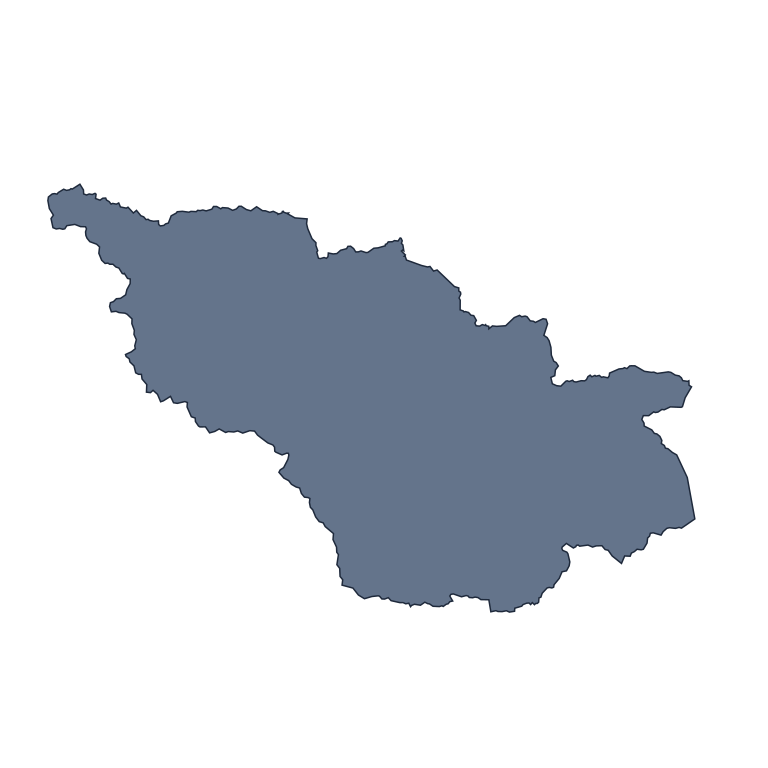 the district of Queenstown-Lakes District, Otago, New Zealand, rotated 261°
{"feature_id": "76426892B58919482239418", "entity_name": "Queenstown-Lakes District", "entity_type": "district", "adm_level": 2, "iso_a3": "NZL", "parent_name": "New Zealand", "parent_adm1": "Otago", "projection": "mercator", "projection_center": [168.951, -44.661], "detail": "fine", "context": "isolated", "style": "filled", "palette": "slate", "viewbox_px": 768, "rotation_deg": 261, "n_neighbors": 0, "source": "geoboundaries", "source_scale": "gbopen_adm2", "svg_char_len": 6155}
<svg xmlns="http://www.w3.org/2000/svg" viewBox="0 0 768 768"><g transform="rotate(261 384 384)"><path d="M208.8,311.4L200.8,310.5L197.1,312.6L191.9,311.1L187.3,321.4L179.6,325.7L175.0,331.1L176.0,338.8L175.7,345.2L175.1,346.4L172.0,348.3L171.5,351.0L172.3,354.8L168.9,357.1L165.6,365.4L165.1,368.6L163.5,371.1L163.6,374.2L159.9,375.4L161.0,376.6L161.7,379.6L159.8,385.4L162.1,390.2L160.1,393.0L159.8,394.4L156.8,397.6L155.5,403.9L155.9,406.5L155.0,407.7L156.7,410.9L156.9,413.0L158.7,414.9L158.9,417.9L164.3,415.8L165.8,417.2L165.8,419.6L161.7,427.3L162.2,432.1L161.4,433.9L159.8,434.8L159.0,438.1L159.3,440.6L158.3,443.5L155.9,445.9L154.5,453.8L142.3,453.9L142.6,459.1L141.5,460.9L140.7,465.0L140.9,469.4L139.1,472.2L139.1,477.4L142.1,478.1L143.0,485.3L144.4,486.8L145.2,490.6L145.0,493.0L143.2,494.3L144.9,496.3L142.5,498.1L143.5,499.4L143.3,501.1L144.3,502.6L148.5,503.6L148.9,505.6L152.6,507.5L157.1,513.3L157.2,515.5L156.3,517.9L156.7,519.7L159.2,520.6L164.5,526.6L170.7,530.5L170.9,535.0L175.4,538.4L179.2,539.7L187.5,539.1L189.3,538.3L191.7,534.5L193.8,533.9L195.1,534.5L198.0,539.2L192.4,545.4L193.3,548.0L194.5,548.8L194.6,550.5L193.2,551.9L193.0,560.3L190.3,564.5L190.9,568.2L190.2,573.9L185.9,576.5L184.7,579.4L178.4,582.5L169.6,590.5L176.5,594.8L175.4,600.2L178.3,601.9L179.3,605.1L181.2,608.1L180.0,612.0L180.2,614.3L185.7,618.9L190.7,620.3L192.2,622.5L194.9,623.7L194.9,626.6L191.4,634.0L194.5,636.6L197.2,640.8L197.4,643.5L195.8,649.3L196.2,653.0L195.1,655.3L202.1,669.9L244.2,668.9L268.2,662.0L271.3,658.1L275.7,654.3L276.6,651.9L279.4,651.3L281.8,648.6L284.8,649.6L289.1,648.3L292.0,645.7L292.9,643.3L296.8,641.3L301.8,634.4L304.7,634.7L308.7,633.1L312.2,635.2L311.3,640.5L314.3,646.1L313.4,647.4L313.4,650.2L315.4,654.5L314.7,656.7L316.6,663.2L314.5,673.8L314.9,675.2L323.3,679.3L333.1,687.3L335.0,685.1L339.5,685.6L339.1,684.3L340.6,679.6L343.6,678.7L345.9,676.7L347.2,673.1L350.6,669.2L351.5,666.7L351.7,655.5L353.5,652.4L353.7,649.8L355.8,643.2L362.7,634.7L363.3,631.2L363.4,629.5L361.2,626.4L362.5,624.0L361.9,622.5L362.1,618.4L359.5,608.5L356.8,607.7L355.1,606.1L356.8,601.7L356.5,600.0L358.8,598.0L358.5,594.6L359.5,593.7L358.6,590.4L360.5,589.0L359.4,586.6L356.7,584.7L355.7,582.7L356.4,579.3L355.9,574.0L356.7,571.8L358.2,570.9L357.5,567.3L358.5,565.4L358.3,564.0L354.2,558.3L355.3,554.3L357.9,550.3L364.4,549.8L365.5,554.0L371.1,555.5L374.5,559.0L378.2,557.4L380.0,555.2L386.3,553.8L394.1,554.6L401.0,553.8L404.3,552.4L407.0,549.5L417.9,555.0L422.6,554.2L423.6,551.3L421.1,543.1L422.6,541.4L423.5,538.3L428.1,535.8L429.0,534.0L428.9,530.5L430.6,528.6L429.2,523.0L422.5,513.3L423.3,504.3L424.4,500.2L422.1,496.2L424.6,496.5L425.6,494.0L426.7,493.7L426.1,492.8L427.3,490.4L426.2,487.5L427.1,484.1L430.0,483.3L432.4,485.2L437.5,483.3L438.3,480.7L441.4,478.7L442.8,475.7L442.7,474.2L443.7,473.8L445.3,470.8L454.9,472.4L457.2,471.6L460.8,473.9L462.7,473.9L464.2,472.4L467.2,472.9L469.2,468.8L488.3,454.3L487.8,450.6L492.9,447.8L492.8,445.3L495.2,439.6L502.9,425.6L506.8,424.9L507.0,424.0L508.1,425.3L512.6,422.0L513.4,423.3L512.4,424.4L518.4,424.4L520.2,423.2L522.5,424.4L525.2,423.7L525.7,422.8L523.0,420.2L524.0,416.7L523.2,414.6L523.7,410.4L522.0,408.8L521.7,407.2L520.3,406.9L519.4,399.4L519.7,395.2L516.5,388.7L516.6,386.8L519.0,382.1L518.5,379.2L518.9,376.7L522.5,375.2L525.3,372.6L525.6,369.9L523.5,368.2L522.9,362.1L520.2,357.9L520.4,354.2L522.1,349.5L518.5,348.6L517.1,346.8L518.3,344.6L517.8,340.9L518.4,339.0L519.4,338.8L524.8,338.2L526.0,339.4L531.5,338.4L534.2,338.9L538.8,335.6L549.3,333.0L554.4,332.6L559.1,333.9L562.0,322.0L567.1,315.5L567.8,316.4L568.1,314.0L569.4,311.8L570.3,311.6L570.3,310.6L568.9,309.9L568.2,305.9L568.8,306.1L571.9,301.6L571.4,298.0L573.6,294.0L574.2,291.1L579.0,285.9L575.9,279.6L577.8,275.4L581.9,270.8L582.2,268.5L580.0,265.6L579.2,261.7L582.2,257.5L583.5,252.0L582.6,250.2L585.5,246.5L586.0,243.4L583.6,241.3L582.8,235.4L584.2,232.3L584.0,229.5L584.7,227.2L583.6,225.5L584.7,220.3L584.2,218.2L586.1,211.9L586.5,206.7L585.3,205.5L583.4,200.1L576.7,196.2L576.3,193.3L575.1,191.4L575.1,187.8L576.8,186.4L580.4,186.7L580.8,181.8L582.2,178.1L583.6,176.8L583.6,174.7L586.7,172.8L588.2,170.2L594.2,166.7L592.1,163.2L598.7,158.8L598.0,157.0L600.1,151.4L604.3,150.3L603.5,147.8L604.8,144.3L604.4,142.6L607.2,141.0L609.1,138.7L611.2,138.2L611.5,135.3L610.0,132.3L612.3,128.1L616.5,129.3L617.5,128.4L616.8,125.5L617.8,122.5L617.2,119.8L618.7,117.1L622.7,117.5L628.9,114.9L625.3,106.6L625.9,105.4L625.0,103.8L624.9,100.7L626.5,98.1L624.1,92.3L622.7,90.7L623.6,88.4L623.6,86.0L621.2,81.8L617.7,80.7L609.6,80.9L602.5,83.9L599.5,81.0L590.2,81.5L588.4,84.5L588.4,87.9L587.1,91.0L587.2,93.0L590.0,95.5L590.0,103.6L586.9,108.9L586.0,113.8L583.8,114.4L580.9,113.0L577.3,112.8L574.4,113.5L570.6,115.7L567.0,122.1L563.9,124.5L557.7,122.8L550.4,124.5L546.7,127.4L546.6,130.2L545.2,131.8L544.7,135.0L541.5,137.5L540.0,140.3L534.2,142.7L533.5,143.8L533.9,144.8L528.4,147.2L527.4,149.8L522.9,149.0L517.4,144.8L512.5,142.8L509.8,137.1L510.1,133.0L507.7,129.7L507.1,126.5L503.5,125.1L497.9,126.0L497.7,130.7L496.0,133.4L494.5,139.2L493.1,141.2L487.7,145.3L483.0,144.4L476.1,145.8L472.1,144.8L466.5,146.3L460.7,143.8L457.8,143.9L455.3,139.5L453.6,133.3L451.5,133.6L448.8,136.3L445.5,136.5L441.0,139.9L433.9,140.5L432.0,143.0L431.5,145.9L426.8,145.8L420.6,149.6L413.1,148.1L412.0,152.0L413.9,154.9L409.2,158.7L401.4,160.6L401.9,163.5L405.2,171.2L398.4,173.2L397.2,176.9L397.8,184.6L396.5,186.9L392.1,185.9L381.8,188.6L379.9,192.2L376.4,191.9L371.5,194.2L370.4,195.5L369.6,201.0L363.0,204.1L363.6,209.4L365.4,214.2L360.9,220.0L361.4,222.7L360.1,228.2L360.5,232.2L357.6,236.8L358.9,244.2L357.7,248.8L353.3,251.1L349.8,254.4L344.0,260.0L341.2,264.7L338.8,266.0L334.7,265.6L333.6,266.5L329.9,272.2L330.9,277.1L330.5,278.7L328.7,278.9L324.6,277.3L317.1,271.8L315.4,268.0L313.2,266.4L306.7,270.4L303.5,274.7L299.4,276.9L296.0,281.1L294.5,284.4L288.8,285.3L284.7,287.7L283.7,291.3L282.5,292.9L278.6,291.8L273.7,292.0L270.8,294.0L263.4,295.7L258.2,298.5L256.4,302.2L252.4,303.6L244.2,310.7L238.3,309.3L230.3,311.6L225.3,311.0L222.6,312.3L212.9,309.2L208.8,311.4Z" fill="#64748b" stroke="#1e293b" stroke-width="1.5"/></g></svg>